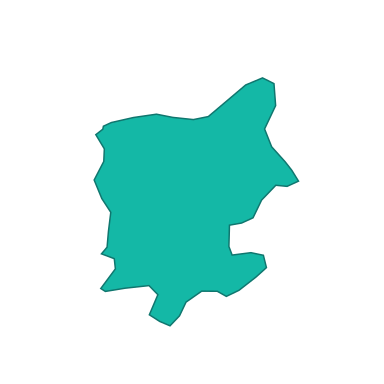 Svalöv, Skåne, Sweden, rotated 322°
{"feature_id": "70781695B22737117685830", "entity_name": "Svalöv", "entity_type": "district", "adm_level": 2, "iso_a3": "SWE", "parent_name": "Sweden", "parent_adm1": "Skåne", "projection": "robinson", "projection_center": [13.144, 55.989], "detail": "fine", "context": "isolated", "style": "filled", "palette": "teal", "viewbox_px": 384, "rotation_deg": 322, "n_neighbors": 0, "source": "geoboundaries", "source_scale": "gbopen_adm2", "svg_char_len": 827}
<svg xmlns="http://www.w3.org/2000/svg" viewBox="0 0 384 384"><g transform="rotate(322 192 192)"><path d="M60.7,211.9L62.5,217.0L80.2,226.7L100.5,239.3L101.9,251.9L82.8,262.5L86.9,274.2L92.3,283.9L105.9,281.9L119.5,275.1L138.6,276.1L150.8,285.8L154.8,295.4L168.5,298.4L190.2,298.4L204.1,297.4L209.3,285.8L201.1,276.1L184.8,266.4L187.5,257.7L201.1,241.2L212.0,247.0L224.2,249.9L241.9,241.2L262.2,238.3L270.4,246.1L282.6,249.0L284.0,236.4L284.0,225.7L282.6,205.4L288.0,187.0L311.1,175.4L323.3,157.1L320.8,151.7L317.8,145.5L300.2,140.7L251.3,142.6L237.7,135.8L222.8,121.4L211.9,108.8L191.6,97.2L171.2,87.6L162.7,85.6L160.4,87.6L151.5,87.6L149.5,104.0L141.3,113.6L122.3,122.3L116.9,141.6L115.5,158.0L101.9,171.6L91.1,183.2L82.6,185.0L89.7,196.7L84.3,205.4L60.7,211.9Z" fill="#14b8a6" stroke="#0f766e" stroke-width="1.5"/></g></svg>